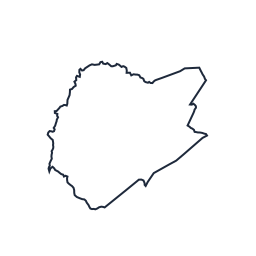 the district of Tejuçuoca, Ceará, Brazil, rotated 31°
{"feature_id": "56859067B66603030314401", "entity_name": "Tejuçuoca", "entity_type": "district", "adm_level": 2, "iso_a3": "BRA", "parent_name": "Brazil", "parent_adm1": "Ceará", "projection": "mercator", "projection_center": [-39.614, -3.923], "detail": "fine", "context": "isolated", "style": "outline", "palette": "slate", "viewbox_px": 256, "rotation_deg": 31, "n_neighbors": 0, "source": "geoboundaries", "source_scale": "gbopen_adm2", "svg_char_len": 2316}
<svg xmlns="http://www.w3.org/2000/svg" viewBox="0 0 256 256"><g transform="rotate(31 128 128)"><path d="M199.6,93.8L198.0,93.0L196.1,93.6L194.1,94.0L192.0,94.8L190.3,95.8L188.5,96.4L187.1,97.0L185.4,95.6L183.4,95.4L181.7,95.6L180.0,95.2L177.8,95.2L176.4,81.7L176.1,79.6L175.6,77.9L175.8,75.6L175.0,74.4L173.5,73.8L171.5,73.5L170.7,75.1L169.1,75.9L170.3,46.9L168.7,46.3L166.7,44.7L164.3,43.6L162.8,42.6L161.4,41.8L159.4,40.5L158.0,39.6L145.9,47.7L143.4,52.5L131.2,67.7L127.3,72.4L126.5,73.6L126.0,75.3L125.8,76.9L124.1,77.8L122.4,77.6L121.8,78.9L119.4,79.6L117.8,79.5L115.8,77.9L114.2,77.9L112.6,78.3L110.5,77.0L108.6,77.4L107.2,78.2L105.1,79.1L103.7,81.2L101.2,79.6L98.4,81.4L97.3,79.3L95.6,77.4L93.4,77.2L92.0,77.5L91.0,79.0L89.5,78.7L87.5,78.4L85.3,78.9L85.3,80.5L83.1,83.0L81.8,83.7L78.9,83.2L76.8,83.0L76.0,84.7L73.6,85.6L71.8,84.5L70.5,85.7L70.5,88.3L66.9,91.1L64.3,92.0L62.8,94.1L61.8,96.2L60.5,98.9L60.2,101.3L59.0,102.4L56.8,101.8L56.4,103.2L57.6,105.4L59.4,106.8L60.3,109.0L57.4,109.6L57.4,111.4L59.0,113.6L58.2,115.9L60.3,117.3L61.4,118.7L60.3,120.9L59.9,123.4L58.5,125.0L59.8,127.3L61.0,129.9L61.3,132.1L61.7,135.1L63.5,138.5L63.9,140.3L62.5,140.6L61.2,141.2L60.4,142.9L59.0,144.5L58.9,146.0L58.5,148.0L58.0,150.3L56.6,151.3L57.6,152.8L60.2,152.3L61.0,154.1L62.5,154.8L62.7,157.6L63.3,158.9L63.7,160.9L64.4,163.6L64.3,166.2L65.8,166.9L66.2,168.8L65.4,170.0L63.8,170.4L62.4,171.0L62.0,173.0L62.6,175.1L64.5,175.7L66.9,176.6L69.6,177.0L70.9,178.5L71.9,179.8L72.5,181.2L73.7,182.6L74.3,183.9L74.5,185.4L74.5,187.2L75.7,188.4L76.2,190.1L77.0,191.8L78.5,193.6L78.7,196.3L79.1,199.1L80.4,200.6L80.4,202.3L80.9,203.8L82.9,205.7L82.3,202.6L83.3,200.1L85.6,200.6L87.2,201.5L90.4,201.3L92.2,201.6L94.5,201.9L96.5,201.4L98.1,202.6L99.1,201.1L101.1,200.8L101.6,202.4L102.7,204.1L104.2,205.8L106.0,206.2L108.2,206.5L109.9,206.6L112.1,207.3L113.8,208.9L115.4,211.4L116.9,213.0L119.7,213.5L122.5,213.1L125.3,212.6L127.4,211.7L129.4,212.1L131.0,213.2L133.9,214.4L135.5,215.5L137.2,216.4L138.8,216.1L140.3,215.0L141.9,214.5L143.2,212.7L144.0,210.9L145.6,209.2L147.2,208.5L148.9,208.1L158.3,182.4L163.3,168.5L163.9,166.7L166.1,165.3L168.3,165.0L170.5,166.6L171.6,168.2L173.0,168.6L172.7,164.1L173.3,153.4L182.2,137.8L186.1,131.2L189.1,122.4L197.0,98.1L199.6,93.8Z" fill="none" stroke="#1e293b" stroke-width="2"/></g></svg>